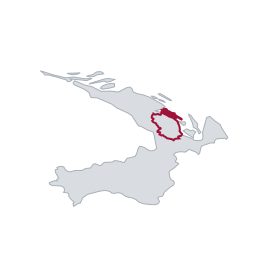 where Licko-Senjska sits in Croatia, rotated 162°
{"feature_id": "HRV-1584", "entity_name": "Licko-Senjska", "entity_type": "County", "adm_level": 1, "iso_a3": "HRV", "parent_name": "Croatia", "parent_adm1": "", "projection": "natural_earth1", "projection_center": [15.249, 44.713], "detail": "fine", "context": "in_parent", "style": "outline", "palette": "rose", "viewbox_px": 256, "rotation_deg": 162, "n_neighbors": 0, "source": "natural_earth", "source_scale": "10m", "svg_char_len": 6377}
<svg xmlns="http://www.w3.org/2000/svg" viewBox="0 0 256 256"><g transform="rotate(162 128 128)"><path d="M37.9,86.8L39.1,88.4L47.3,90.3L49.1,89.4L50.2,88.1L50.2,87.3L50.9,87.1L53.8,88.3L62.7,88.2L64.5,87.2L67.8,81.7L68.9,81.2L69.6,81.4L70.1,83.1L71.4,84.6L75.9,88.3L77.6,88.7L79.2,87.7L80.9,87.4L85.8,89.4L89.9,89.8L92.9,88.7L91.4,85.8L91.2,84.3L91.4,83.0L93.5,81.7L93.4,81.1L90.9,78.8L91.0,78.2L96.5,75.7L101.8,74.2L102.7,73.1L103.4,68.3L103.1,65.7L100.9,63.3L100.8,62.1L101.3,60.9L102.2,59.7L106.8,58.4L113.5,55.6L115.5,53.0L116.8,52.5L120.5,52.9L121.3,52.3L120.8,48.5L121.5,47.6L123.4,46.5L126.7,46.9L129.5,47.9L136.7,51.2L140.6,54.2L142.7,57.6L145.6,60.2L149.3,62.1L152.2,64.6L154.3,67.8L157.3,69.6L161.1,70.0L163.6,71.1L164.6,72.9L166.7,74.5L169.9,75.9L174.8,76.7L187.1,77.4L192.5,75.7L196.6,71.3L198.3,71.6L204.0,70.3L203.7,73.0L202.0,74.1L203.8,76.9L205.5,81.3L204.6,83.4L205.8,85.1L209.2,86.8L208.3,87.3L207.5,88.8L207.4,91.4L210.2,93.9L217.7,96.6L219.9,98.8L220.0,99.8L219.6,100.4L213.9,100.6L211.7,99.5L211.5,101.2L209.4,101.8L210.7,108.3L210.3,110.2L209.5,110.8L207.9,110.5L207.5,111.1L207.8,112.4L205.8,112.6L202.5,111.9L201.0,110.6L200.6,108.2L199.6,106.2L196.9,104.2L191.5,103.9L185.1,101.9L180.5,102.5L176.1,101.6L172.3,104.2L170.3,104.2L166.5,101.0L165.3,100.8L162.0,102.4L160.6,102.5L155.0,100.8L153.0,100.5L151.5,101.1L148.8,100.4L142.3,96.3L138.3,99.4L130.2,98.7L127.8,100.8L125.0,104.9L122.8,106.9L120.9,106.2L118.5,104.4L114.5,99.7L112.4,98.9L110.1,98.7L108.1,99.2L107.0,100.2L105.4,113.0L105.4,116.5L109.9,119.9L115.2,125.6L116.9,126.3L117.8,128.1L120.5,138.4L123.2,142.0L132.3,150.4L136.2,155.8L148.0,166.2L153.2,168.1L154.0,169.1L154.1,173.1L154.6,174.6L158.1,178.9L165.2,185.1L166.0,186.6L166.3,187.6L165.8,188.4L164.0,189.3L155.9,182.2L149.5,178.4L142.3,171.2L132.7,168.3L126.2,165.2L117.9,166.6L115.3,166.7L113.3,166.1L112.0,164.1L111.9,160.7L108.1,157.5L102.9,154.5L98.0,150.6L88.1,140.1L86.2,136.8L91.2,135.5L97.1,136.2L90.8,131.7L81.7,123.0L79.0,118.9L78.7,114.5L79.4,108.4L77.8,104.0L70.8,98.4L68.3,95.5L63.1,93.7L60.9,93.9L59.5,96.1L58.4,100.9L49.9,113.8L46.6,113.7L43.0,107.6L39.4,103.0L38.7,98.1L36.0,88.2L37.9,86.8ZM191.1,204.4L191.2,205.9L193.7,209.5L182.3,201.4L171.6,194.9L164.0,193.3L153.7,188.1L146.9,186.2L152.4,185.8L168.4,192.8L166.6,190.9L168.9,190.2L170.9,190.7L172.1,193.0L181.2,199.2L186.9,202.8L191.1,204.4ZM66.3,120.7L66.0,122.3L64.1,120.3L63.2,116.8L60.8,111.2L60.5,109.6L61.7,108.1L61.7,106.5L60.0,101.5L61.4,100.7L62.3,100.6L62.6,104.0L63.3,106.0L65.6,108.4L65.2,112.4L65.6,118.2L66.3,120.7ZM76.4,108.2L72.5,109.0L70.7,107.5L70.2,106.2L67.0,105.9L64.7,103.3L67.5,101.4L68.9,98.3L74.2,104.7L76.4,108.2ZM138.6,176.0L133.6,176.1L129.3,175.4L127.2,174.2L128.0,171.4L132.8,171.6L140.2,172.8L142.0,174.3L141.4,174.9L138.6,176.0ZM151.6,181.8L149.4,182.2L135.3,181.9L131.2,181.1L125.7,178.3L130.3,177.7L134.6,178.3L135.9,179.9L151.6,181.8ZM88.2,133.6L87.4,134.7L79.6,127.7L78.7,125.3L74.8,120.6L74.2,119.3L77.8,122.4L79.1,122.7L82.5,125.7L85.8,129.7L89.8,133.1L88.2,133.6ZM134.4,187.0L140.3,188.1L144.6,187.6L148.4,188.3L151.5,190.1L144.8,189.7L140.8,191.0L137.2,190.3L135.9,189.5L134.9,188.4L134.4,187.0ZM88.2,150.1L88.6,151.1L86.6,150.7L78.9,142.0L78.0,140.3L80.8,142.3L88.2,150.1ZM74.6,113.4L77.8,118.6L74.9,117.0L72.2,116.4L71.7,115.2L72.6,113.3L74.6,113.4ZM164.8,196.0L169.1,198.8L156.4,195.2L159.2,194.8L164.8,196.0ZM94.0,148.0L96.0,151.0L94.1,150.4L92.0,148.5L90.8,146.6L94.0,148.0ZM89.5,144.5L90.0,145.9L86.1,143.3L84.4,140.7L89.5,144.5Z" fill="#d9dde1" stroke="#a8b0b8" stroke-width="1"/><path d="M91.5,132.5L87.2,128.4L85.7,126.6L84.8,125.7L83.9,125.3L83.8,125.1L82.8,124.4L82.5,124.3L82.3,124.0L79.2,119.6L78.7,118.2L79.0,117.7L79.0,117.1L78.8,116.4L78.7,115.6L78.6,113.4L78.7,112.8L79.3,110.2L79.7,109.6L79.9,108.9L79.6,108.0L78.6,105.8L78.8,105.6L78.8,105.1L78.8,104.9L80.0,104.2L80.3,104.1L80.6,104.3L80.8,104.4L81.3,104.3L82.2,104.4L82.7,104.4L82.9,104.3L83.0,104.2L83.1,103.9L83.2,103.6L83.2,103.4L82.6,102.3L86.2,103.1L87.3,103.0L88.1,102.3L88.3,102.2L88.4,102.3L88.6,102.4L88.7,102.6L88.8,102.8L89.0,103.0L89.3,103.2L89.4,103.3L89.6,103.6L89.7,103.8L89.9,103.9L94.1,106.2L94.2,106.3L94.3,106.5L95.0,107.7L95.1,108.0L95.5,108.3L96.1,108.7L96.2,108.9L96.3,109.1L96.6,109.8L96.7,110.0L96.9,110.3L97.0,110.4L97.3,110.4L97.7,110.4L98.1,110.4L98.3,110.5L98.5,110.6L98.5,110.8L98.8,111.1L100.1,112.1L99.8,112.8L99.5,113.2L98.8,113.6L98.8,113.9L99.0,114.0L99.5,114.4L100.0,114.6L100.3,114.9L100.5,114.9L101.0,115.0L101.2,115.3L101.1,115.6L101.0,115.8L100.9,115.8L100.0,116.3L99.7,116.6L99.4,116.7L99.2,116.8L99.0,117.0L98.8,117.1L98.6,117.1L97.4,117.1L97.2,117.2L97.1,117.3L97.1,117.7L97.2,118.0L97.5,118.3L97.8,118.5L98.3,118.8L98.5,119.0L98.9,119.6L99.0,120.2L99.0,121.0L99.6,121.7L99.7,121.9L99.9,122.7L100.0,122.9L100.0,123.0L99.9,123.3L99.8,123.6L100.0,123.9L101.9,125.5L102.3,126.0L102.8,127.3L101.2,128.4L101.0,128.6L100.9,128.8L100.9,129.0L101.1,129.2L101.2,129.3L101.3,129.3L101.5,129.4L101.6,129.5L101.8,129.9L101.9,130.0L102.0,130.1L102.2,130.4L102.2,130.6L102.1,131.0L101.9,131.5L101.6,131.9L101.1,132.5L100.8,132.8L100.4,133.0L100.1,133.0L99.8,133.1L99.7,133.2L99.4,133.8L98.4,132.7L98.1,132.4L97.8,132.3L95.4,132.1L95.2,132.1L94.9,131.9L94.4,131.4L93.7,130.8L93.3,130.6L93.1,130.5L92.9,130.5L92.6,130.6L92.4,130.9L92.2,131.1L91.5,132.5L91.5,132.5ZM78.4,124.7L78.1,124.5L74.8,120.8L74.3,119.9L74.0,119.0L75.4,120.4L77.4,123.1L78.7,123.9L78.5,122.8L79.3,122.7L80.4,123.4L81.2,124.2L82.0,125.3L82.4,125.7L83.6,126.0L83.9,126.5L84.2,127.1L84.7,127.7L84.1,127.7L83.2,127.0L82.5,126.9L82.7,126.5L82.7,126.4L81.5,125.7L80.8,125.5L80.5,125.2L80.1,125.0L79.5,125.0L79.5,125.3L81.2,126.2L83.8,129.5L85.3,130.5L84.8,130.1L84.3,129.6L83.9,128.9L83.6,128.0L84.9,128.6L87.8,131.4L88.5,131.8L89.0,132.3L89.9,133.0L90.3,133.5L89.7,133.6L88.9,133.2L88.2,132.7L87.5,132.4L87.5,132.6L88.0,132.8L88.6,133.1L89.1,133.5L89.4,134.0L88.8,134.0L88.9,134.4L89.0,134.5L88.5,134.4L87.1,133.8L86.4,133.8L86.4,134.0L87.7,134.8L87.7,135.1L87.0,134.9L86.3,134.6L85.8,134.1L85.3,133.5L85.3,133.2L85.8,133.2L85.8,132.9L85.5,132.8L85.3,132.6L85.1,132.1L85.4,132.1L85.7,132.1L85.8,131.9L86.0,131.6L85.2,131.1L84.9,131.0L84.6,131.1L84.1,131.3L83.8,131.3L83.5,130.9L82.9,129.9L81.0,128.4L80.7,128.4L79.1,127.5L79.1,127.2L79.3,127.2L79.6,127.0L79.7,126.9L79.4,126.3L78.5,125.1L78.4,124.7Z" fill="none" stroke="#9f1239" stroke-width="2"/></g></svg>